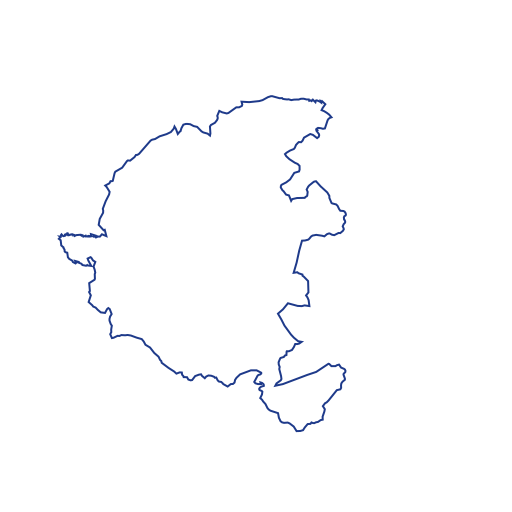 Mixtla de Altamirano, Veracruz, Mexico, rotated 133°
{"feature_id": "50627088B84578837711437", "entity_name": "Mixtla de Altamirano", "entity_type": "district", "adm_level": 2, "iso_a3": "MEX", "parent_name": "Mexico", "parent_adm1": "Veracruz", "projection": "natural_earth1", "projection_center": [-96.977, 18.601], "detail": "fine", "context": "isolated", "style": "outline", "palette": "blue", "viewbox_px": 512, "rotation_deg": 133, "n_neighbors": 0, "source": "geoboundaries", "source_scale": "gbopen_adm2", "svg_char_len": 6153}
<svg xmlns="http://www.w3.org/2000/svg" viewBox="0 0 512 512"><g transform="rotate(133 256 256)"><path d="M282.7,414.1L290.3,416.4L291.9,415.9L298.7,412.0L299.7,412.5L300.5,413.4L302.9,412.8L307.3,414.3L307.4,412.2L308.9,406.8L311.2,405.4L318.5,403.3L326.0,400.2L327.0,398.7L328.7,397.3L335.4,395.6L340.5,392.3L341.1,385.0L340.0,384.5L343.5,379.0L345.2,383.5L348.3,383.4L349.6,384.9L351.6,385.7L351.4,386.9L352.5,387.7L352.6,388.2L350.6,387.5L352.6,391.7L354.0,390.1L355.1,391.6L355.4,391.1L356.8,392.7L356.6,392.9L357.8,393.9L357.4,394.5L359.6,395.5L359.1,396.8L359.9,397.2L359.6,397.8L360.3,398.4L360.1,398.8L363.2,401.6L365.2,402.4L364.9,403.4L364.6,403.3L365.4,405.1L365.7,405.0L365.6,405.3L367.2,406.6L367.7,406.5L368.8,407.4L367.8,409.1L368.0,409.4L369.1,408.5L369.2,409.3L369.7,409.2L370.0,409.9L370.3,409.7L370.8,410.2L371.4,409.5L372.7,410.2L373.0,410.7L372.8,413.0L373.7,412.9L375.0,411.9L375.6,412.7L375.6,411.9L377.9,411.9L377.7,409.6L381.1,405.6L381.0,402.6L381.5,402.1L381.9,400.4L383.1,399.1L383.2,398.0L382.3,396.3L385.2,392.7L385.5,390.6L384.7,387.2L385.3,385.8L384.5,382.9L383.6,382.9L382.9,384.8L381.3,381.7L381.9,381.4L380.7,378.3L381.0,376.8L379.0,373.6L377.8,373.3L377.9,372.9L375.6,369.7L373.7,375.5L372.7,377.4L369.7,376.2L369.6,375.3L370.4,372.2L369.9,369.5L374.5,367.6L376.0,364.7L377.8,362.2L379.2,361.6L382.5,358.3L383.5,357.9L389.6,359.5L394.9,353.6L396.2,353.5L397.4,350.0L403.8,347.0L403.7,342.1L404.0,340.6L403.1,338.1L403.3,335.0L403.1,331.1L400.6,327.6L396.4,328.7L394.8,328.5L394.6,326.8L396.9,322.0L399.8,321.4L402.0,320.2L403.2,319.0L404.8,315.9L405.3,313.9L408.5,311.8L410.4,309.9L412.6,309.3L414.3,305.4L412.9,304.4L408.8,302.8L407.7,301.4L405.6,300.5L403.2,297.6L401.3,296.0L399.5,293.3L397.1,287.6L394.7,282.9L395.1,279.8L396.3,276.3L395.2,271.1L396.3,264.3L396.1,258.6L397.4,255.3L397.4,253.7L398.4,252.1L397.5,243.7L396.3,237.1L396.3,234.0L393.1,232.4L391.8,230.8L393.2,229.1L393.4,227.1L393.9,226.3L391.7,223.8L392.5,221.2L391.5,219.0L390.3,218.1L385.3,218.6L381.7,216.8L380.0,215.5L380.5,213.8L380.3,210.1L378.1,210.2L375.8,209.3L374.1,207.1L372.9,204.2L373.1,203.1L372.0,202.2L373.1,199.1L373.1,197.5L371.8,195.5L371.8,193.5L372.0,192.6L370.8,187.7L366.9,187.1L365.3,185.6L363.2,185.4L360.9,186.8L358.4,187.2L353.4,186.9L343.0,181.7L339.2,177.6L337.8,172.6L338.4,172.0L339.7,172.1L341.4,173.1L342.5,173.2L349.3,171.4L349.5,169.6L348.3,167.2L346.3,165.1L345.4,166.5L344.7,165.0L344.6,163.3L345.0,162.3L345.7,161.7L348.0,163.1L349.7,163.4L351.1,163.0L351.6,161.9L350.8,159.8L350.9,158.8L353.2,157.2L357.0,156.0L357.0,153.5L357.5,151.6L357.8,148.1L359.4,143.9L359.6,142.1L359.3,140.0L355.9,132.7L358.7,128.9L360.1,125.3L359.9,123.5L358.9,121.7L356.2,119.2L355.5,117.2L355.0,112.1L356.4,106.9L353.8,104.3L351.3,102.8L348.1,103.4L343.7,103.6L341.6,101.7L339.9,101.9L339.4,100.5L338.5,99.4L336.7,98.7L335.1,97.5L331.9,96.8L330.2,95.6L328.1,97.7L323.2,99.9L321.1,101.2L320.2,104.7L316.6,105.1L314.9,104.5L312.3,104.4L299.0,105.4L296.0,103.4L294.4,103.8L292.6,105.6L291.0,106.7L288.9,107.0L285.9,106.6L285.0,107.4L283.1,111.1L282.3,111.6L280.1,111.5L279.0,112.2L278.4,113.5L278.5,114.7L279.6,117.7L278.8,121.2L280.6,122.3L282.4,122.8L285.1,125.7L285.0,128.7L285.4,129.5L299.7,132.9L308.0,137.4L331.4,149.0L337.7,153.4L335.2,154.1L330.0,153.1L328.6,153.5L326.7,155.8L322.8,161.9L321.0,163.0L319.8,165.4L318.3,167.0L314.9,168.3L313.8,168.5L310.9,166.8L309.1,167.0L307.7,166.2L305.2,168.3L304.7,168.5L303.3,167.0L300.2,165.6L296.7,166.2L293.6,167.3L292.3,165.8L290.6,164.7L287.7,164.1L289.6,167.1L289.9,172.6L289.6,176.8L287.5,187.7L285.1,194.3L283.2,200.6L276.6,199.9L268.8,200.4L264.1,191.5L261.4,188.3L259.0,186.8L256.2,182.8L252.4,187.4L251.2,190.1L250.7,192.5L246.9,192.8L238.8,200.8L238.5,206.9L238.7,208.5L237.9,209.4L239.6,213.1L239.7,214.7L242.6,217.0L233.1,221.8L222.5,228.1L213.4,232.8L211.2,230.7L208.5,229.0L207.2,228.8L204.2,229.0L202.5,228.6L201.3,227.7L199.5,226.4L196.1,221.5L195.0,219.4L191.7,219.0L190.0,218.2L189.3,217.5L188.6,214.9L187.4,213.0L182.8,211.3L181.8,210.0L178.3,209.6L176.6,210.0L176.0,210.8L175.2,212.8L172.9,213.6L170.9,213.6L170.2,214.0L169.3,215.4L169.3,216.4L167.9,218.0L166.8,218.5L165.2,218.1L164.5,218.4L163.6,219.6L163.1,221.5L163.5,222.8L165.4,225.2L165.0,227.2L163.7,230.5L163.6,232.5L165.6,236.2L165.7,237.0L163.5,241.9L162.0,243.4L160.9,247.2L161.0,256.2L160.4,263.1L161.9,264.2L163.2,264.5L168.2,265.2L169.8,265.1L172.8,264.3L173.9,261.9L176.9,259.7L177.7,259.6L179.0,260.1L180.2,260.0L185.7,265.6L189.7,268.3L191.7,267.9L189.2,273.2L190.6,275.9L189.8,280.1L189.9,281.4L189.0,284.6L187.9,285.5L186.6,285.9L181.5,284.1L176.8,283.3L169.1,284.7L164.8,282.2L163.1,283.0L160.4,285.6L160.3,288.3L161.3,291.2L162.4,297.6L162.4,302.0L161.7,304.3L159.6,304.1L155.6,303.0L152.0,301.3L150.4,301.4L147.4,302.5L144.5,302.5L143.5,302.4L142.0,300.6L139.9,300.6L136.7,301.6L129.8,299.5L128.6,297.0L128.1,291.7L126.0,291.4L124.5,292.2L123.9,293.2L123.2,297.1L122.1,296.9L122.3,298.3L121.9,298.5L120.0,298.0L118.3,295.7L117.3,293.8L115.7,292.6L107.9,296.2L106.2,296.5L104.4,296.1L103.1,295.4L102.7,298.9L103.0,301.8L103.6,304.9L104.6,307.5L102.3,308.2L97.7,308.8L97.7,312.9L98.1,312.7L98.5,314.4L99.4,313.2L99.6,314.8L100.7,317.7L101.5,318.2L103.0,317.4L102.9,320.5L103.2,320.3L103.6,321.2L104.8,321.0L105.1,322.4L106.2,322.9L105.5,324.1L107.0,325.7L108.4,328.3L110.4,330.4L112.5,331.5L115.5,334.7L117.9,336.5L119.2,339.1L120.3,340.0L122.2,342.6L122.8,343.7L122.7,344.5L124.6,346.5L128.1,353.2L129.0,354.1L131.7,355.6L137.5,357.5L140.5,359.3L148.1,365.9L153.0,371.8L154.6,369.3L155.9,368.7L158.7,369.7L160.7,371.8L170.2,373.7L171.7,374.6L174.0,378.8L174.9,381.8L180.0,379.9L180.6,378.7L181.7,377.7L183.2,377.2L186.6,376.9L190.9,378.3L192.7,378.0L197.5,372.9L199.3,371.8L199.5,374.8L201.6,378.9L202.0,380.9L201.7,387.1L203.5,390.2L204.5,394.0L206.4,396.5L207.3,397.4L209.5,398.7L213.4,397.7L216.2,396.3L217.1,396.6L220.1,396.4L217.7,401.2L216.9,403.9L219.0,403.0L223.4,402.8L227.8,404.5L234.2,408.1L239.3,409.6L241.8,411.3L243.5,411.8L261.0,411.2L262.9,411.7L264.0,412.7L266.5,412.3L272.1,413.1L273.5,414.9L274.6,415.1L282.7,414.1Z" fill="none" stroke="#1e3a8a" stroke-width="2"/></g></svg>